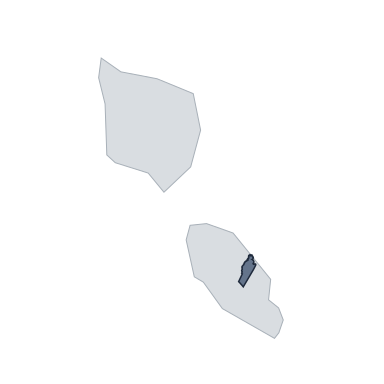 Vaimauga East, Tuamasaga, Samoa shown in context, rotated 30°
{"feature_id": "51752279B75699078159302", "entity_name": "Vaimauga East", "entity_type": "district", "adm_level": 2, "iso_a3": "WSM", "parent_name": "Samoa", "parent_adm1": "Tuamasaga", "projection": "equal_earth", "projection_center": [-171.732, -13.895], "detail": "fine", "context": "in_parent", "style": "filled", "palette": "slate", "viewbox_px": 384, "rotation_deg": 30, "n_neighbors": 0, "source": "geoboundaries", "source_scale": "gbopen_adm2", "svg_char_len": 2832}
<svg xmlns="http://www.w3.org/2000/svg" viewBox="0 0 384 384"><g transform="rotate(30 192 192)"><path d="M143.9,106.2L168.5,134.1L178.3,170.9L167.8,206.2L144.6,197.5L110.9,205.0L99.7,202.5L72.7,159.2L54.0,139.7L46.4,121.4L70.3,123.5L105.1,111.4L143.9,106.2ZM336.6,277.5L276.6,277.8L246.9,264.4L236.4,264.3L210.9,236.4L207.0,221.8L220.4,212.1L248.1,207.0L303.8,228.3L312.2,247.1L325.0,249.1L335.0,257.2L337.6,270.5L336.6,277.5Z" fill="#d9dde1" stroke="#a8b0b8" stroke-width="1"/><path d="M283.5,223.0L283.4,222.9L283.1,222.6L282.8,222.7L282.7,222.7L282.4,222.9L282.4,223.0L281.9,223.2L281.8,223.4L281.8,223.6L281.7,223.7L281.6,223.8L281.2,223.8L281.0,223.7L280.9,223.6L280.7,223.5L280.7,223.4L280.8,223.2L280.8,222.9L280.7,222.5L280.6,222.3L280.7,222.1L280.5,221.9L280.5,221.7L280.4,221.4L280.2,221.1L279.0,220.4L278.8,220.6L278.6,220.5L278.6,220.4L278.5,220.2L278.3,220.1L278.2,220.2L278.1,220.3L277.9,220.3L278.1,220.1L278.1,219.9L278.1,219.6L278.1,219.3L278.0,219.1L278.0,218.9L277.9,218.7L278.0,218.6L277.9,218.5L277.9,218.3L277.9,218.2L277.7,218.0L277.4,218.1L277.3,217.9L277.2,217.8L277.1,217.6L276.9,217.4L276.7,217.3L276.4,217.2L276.3,217.3L276.2,217.3L276.0,217.2L275.8,217.2L275.7,217.2L275.6,217.3L275.5,217.2L275.4,217.3L275.4,217.2L275.3,217.3L275.0,217.4L274.9,217.4L274.7,217.5L274.4,217.5L274.4,217.4L274.3,217.5L274.2,217.5L274.0,217.4L273.8,217.2L273.7,217.2L273.7,217.3L273.6,217.6L273.4,217.7L273.4,217.8L273.5,218.0L273.4,218.0L273.2,218.0L273.0,218.3L273.0,218.5L272.9,218.6L272.9,218.8L273.0,219.0L273.1,219.3L273.2,219.5L273.3,219.6L273.6,219.7L273.6,219.8L273.5,220.0L273.6,220.3L273.9,220.3L274.0,220.5L274.0,220.8L274.0,221.1L274.2,221.3L274.1,221.5L274.2,221.8L274.1,222.0L274.1,222.3L273.9,222.4L273.9,222.5L274.0,222.6L273.8,222.6L273.7,222.7L273.7,222.8L273.7,223.0L273.6,222.9L273.6,223.1L273.6,223.3L273.8,223.5L273.7,223.6L273.8,223.8L274.0,223.9L274.0,224.0L273.9,224.3L273.7,224.6L273.5,224.8L273.4,224.8L273.4,225.0L273.2,225.1L273.0,225.3L273.0,225.5L272.9,225.9L272.8,226.0L273.0,226.3L273.0,226.5L272.9,227.0L272.7,227.2L272.7,227.3L272.8,227.4L272.9,227.5L273.0,227.6L273.0,227.9L273.0,228.1L272.9,228.4L273.0,228.4L273.0,228.5L273.1,228.8L273.2,229.0L273.0,229.5L272.9,229.9L272.9,230.0L272.9,230.3L272.7,230.7L272.6,231.0L272.6,231.4L272.7,231.6L272.9,231.7L273.0,231.9L272.9,232.0L273.0,232.1L273.0,232.4L273.2,232.7L273.4,232.8L273.5,232.8L273.6,233.2L273.7,233.3L273.8,233.4L273.9,233.5L274.0,233.6L274.2,233.8L274.2,234.1L274.1,234.3L274.1,234.5L274.3,234.9L274.3,235.1L274.3,235.3L274.5,235.5L274.9,235.7L275.1,235.7L275.2,235.8L275.1,236.0L275.3,236.3L275.6,236.7L275.6,237.1L275.6,237.4L275.6,237.5L276.5,237.7L277.2,246.3L279.3,246.9L280.4,247.3L282.0,247.8L283.8,248.5L284.0,228.8L283.9,226.1L283.7,223.2L283.5,223.0Z" fill="#64748b" stroke="#1e293b" stroke-width="1.5"/></g></svg>